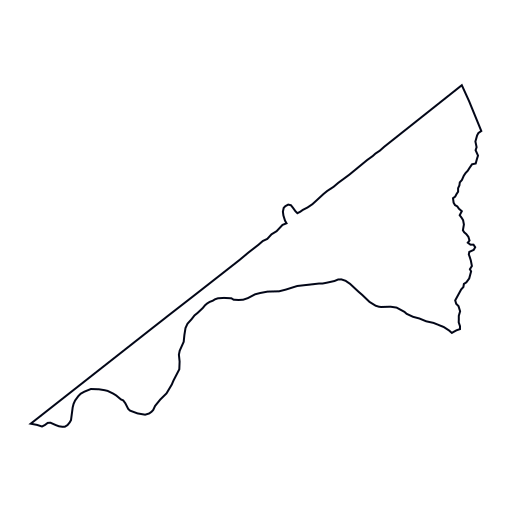 São Pedro da Água Branca, Maranhão, Brazil
{"feature_id": "56859067B57838857219680", "entity_name": "São Pedro da Água Branca", "entity_type": "district", "adm_level": 2, "iso_a3": "BRA", "parent_name": "Brazil", "parent_adm1": "Maranhão", "projection": "albers", "projection_center": [-48.406, -5.139], "detail": "fine", "context": "isolated", "style": "outline", "palette": "ink", "viewbox_px": 512, "rotation_deg": 0, "n_neighbors": 0, "source": "geoboundaries", "source_scale": "gbopen_adm2", "svg_char_len": 2541}
<svg xmlns="http://www.w3.org/2000/svg" viewBox="0 0 512 512"><path d="M271.5,234.3L267.3,238.9L262.8,241.0L258.3,244.9L248.6,252.4L239.5,260.0L194.4,295.3L167.1,316.5L164.6,318.5L151.8,328.5L30.7,423.7L37.0,424.9L42.0,426.5L44.9,425.0L47.7,422.9L50.4,422.7L55.8,425.1L59.0,426.3L62.6,426.8L64.9,426.7L67.5,425.1L69.7,422.4L71.0,420.1L72.7,407.3L73.6,403.8L75.1,400.5L78.4,396.0L80.7,393.7L84.3,391.7L90.9,389.0L99.1,389.3L104.6,390.2L107.6,390.9L113.0,393.5L116.1,395.4L120.9,399.4L123.2,400.4L125.3,403.2L128.2,408.9L130.0,410.6L137.5,413.4L145.1,414.7L149.1,413.5L151.5,411.8L153.2,410.0L155.1,405.9L160.3,399.5L166.5,393.4L171.8,384.5L173.5,380.5L179.3,369.3L179.6,361.6L178.9,354.7L179.7,350.7L183.7,341.8L184.4,334.9L184.8,332.4L185.5,328.0L187.5,323.7L189.4,321.6L191.5,319.3L194.5,315.4L197.5,313.0L200.6,310.1L202.8,308.0L205.0,305.3L207.1,303.5L209.7,301.9L212.8,300.7L215.0,299.3L217.9,298.3L224.0,297.9L231.4,298.3L233.6,299.7L238.6,300.0L243.2,299.7L247.9,298.1L255.1,294.3L260.2,293.0L267.6,291.6L279.1,291.3L285.8,289.6L297.2,286.0L319.3,283.5L322.7,283.5L326.8,282.7L334.5,281.0L338.1,279.5L341.4,279.4L345.6,280.8L347.6,282.2L350.0,283.8L358.6,291.8L362.1,294.8L369.5,301.9L375.6,305.7L378.8,306.7L381.1,307.0L390.5,306.7L396.6,307.6L404.5,311.9L406.6,313.8L413.0,316.8L419.4,318.5L426.2,321.3L433.5,322.9L443.9,327.1L449.1,330.5L451.8,332.9L456.5,330.3L460.0,329.1L460.0,326.2L458.7,322.3L458.8,319.6L458.8,315.8L460.1,311.3L458.5,306.1L456.2,303.8L455.2,300.4L461.2,289.4L463.4,287.0L463.9,283.9L466.3,282.4L469.2,278.5L471.1,271.4L469.9,269.2L471.9,266.0L470.8,260.4L469.7,256.9L468.8,254.4L469.3,251.9L473.7,249.9L475.2,247.2L473.5,244.7L470.5,244.7L467.8,242.7L469.5,240.5L468.4,236.8L466.3,234.1L464.2,232.3L462.9,230.3L463.9,224.5L463.1,220.2L461.7,217.9L459.7,215.2L461.8,211.2L458.9,208.7L457.3,206.4L455.0,205.1L453.6,202.7L453.0,198.2L455.2,196.6L456.5,194.1L458.1,191.7L458.1,188.2L459.4,185.4L459.8,182.4L461.9,180.0L463.8,175.7L465.6,173.0L467.7,170.8L469.6,167.8L472.0,164.3L475.7,163.5L476.9,159.1L478.0,155.6L475.6,150.2L476.6,147.2L475.4,141.5L477.1,135.4L478.4,133.0L481.3,131.0L469.1,101.2L461.8,85.2L384.3,146.7L379.8,150.7L375.4,153.6L372.9,155.9L367.2,160.0L349.3,174.7L338.3,182.8L333.6,186.8L327.3,190.9L323.5,194.0L315.7,201.2L312.4,204.2L307.5,207.5L302.8,209.9L300.3,211.7L297.4,213.2L295.4,211.2L292.9,207.7L290.9,205.2L288.2,204.6L285.3,206.2L283.7,207.9L282.9,211.7L283.4,215.5L285.0,220.6L286.5,223.3L282.5,224.9L276.6,231.2L271.5,234.3Z" fill="none" stroke="#020617" stroke-width="2"/></svg>